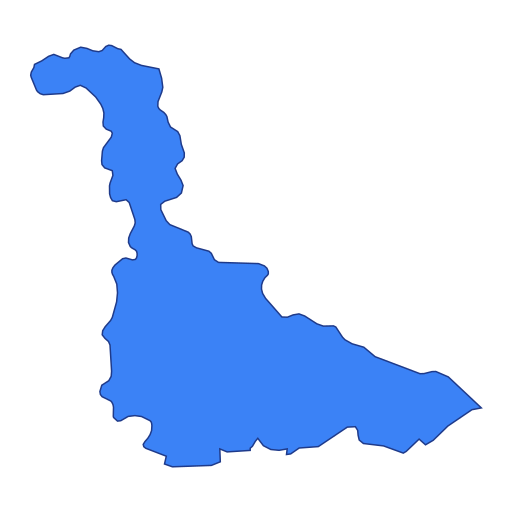 Meurthe-et-Moselle, Natural Earth projection
{"feature_id": "FRA-5325", "entity_name": "Meurthe-et-Moselle", "entity_type": "Metropolitan department", "adm_level": 1, "iso_a3": "FRA", "parent_name": "France", "parent_adm1": "", "projection": "natural_earth1", "projection_center": [5.998, 48.953], "detail": "fine", "context": "isolated", "style": "filled", "palette": "blue", "viewbox_px": 512, "rotation_deg": 0, "n_neighbors": 0, "source": "natural_earth", "source_scale": "10m", "svg_char_len": 2857}
<svg xmlns="http://www.w3.org/2000/svg" viewBox="0 0 512 512"><path d="M108.7,45.2L111.7,45.6L117.8,48.7L121.0,49.4L129.7,59.0L134.5,62.7L141.4,65.4L158.9,68.9L161.6,78.2L162.8,87.3L161.8,91.9L158.0,101.6L157.8,106.3L158.8,108.5L160.3,110.0L163.8,112.4L165.8,114.6L166.9,116.6L168.1,122.1L170.5,127.0L177.7,131.6L179.9,135.7L181.3,144.3L184.3,152.9L184.2,157.2L182.1,160.7L177.6,163.9L175.1,168.4L177.3,174.1L181.0,180.2L183.1,185.6L181.4,193.0L176.6,197.4L164.8,201.2L160.7,204.4L160.8,209.6L166.2,220.7L169.8,224.6L188.3,232.2L190.1,234.0L191.3,236.6L192.1,243.7L193.1,245.9L196.4,247.8L208.9,251.2L211.3,253.3L214.4,259.7L218.5,262.4L258.5,263.6L264.4,265.9L266.9,268.2L268.3,271.5L268.3,273.9L267.5,275.2L264.9,277.7L262.8,281.2L261.6,285.0L261.5,289.1L262.6,293.4L265.5,298.3L281.9,317.0L287.4,317.2L293.1,314.9L299.0,313.9L304.7,316.0L316.8,323.8L323.3,326.1L333.5,325.9L335.8,327.0L342.5,337.2L345.0,339.8L352.1,343.8L363.8,347.2L375.1,356.7L420.0,373.7L424.0,373.6L432.0,371.6L435.8,371.5L448.3,376.9L481.3,407.9L471.9,409.7L447.9,426.0L433.2,440.3L425.5,444.8L419.1,439.1L406.2,451.4L403.3,453.1L383.5,445.9L363.4,443.5L359.2,440.0L358.1,435.2L357.7,430.4L355.4,426.7L347.3,427.1L318.3,446.6L299.2,448.0L290.7,453.9L286.5,454.5L287.2,448.9L279.1,450.3L270.8,449.5L263.4,445.7L257.8,438.3L255.4,441.2L252.4,446.3L250.2,448.2L250.2,450.4L227.1,451.9L219.8,448.9L220.3,461.8L211.4,465.4L172.4,466.8L164.5,464.0L166.3,456.2L145.8,448.3L143.8,446.7L143.2,444.4L145.0,441.5L147.8,438.3L150.1,434.6L151.6,430.5L151.9,425.6L151.6,423.2L151.0,421.7L149.9,420.6L141.5,416.5L134.9,415.6L128.2,416.4L120.8,420.7L117.5,421.1L113.6,417.5L113.3,416.3L113.5,407.2L113.0,404.6L111.9,402.3L110.8,401.0L102.1,396.7L100.4,394.5L99.9,391.5L101.8,385.2L108.8,380.7L111.2,376.3L111.6,371.2L110.0,345.0L108.5,341.5L105.0,338.4L102.2,334.8L102.7,330.7L105.2,326.7L110.6,320.5L112.3,317.4L116.6,301.9L117.5,292.9L116.8,284.1L113.7,276.4L112.5,274.3L111.9,272.3L111.9,270.2L112.9,267.8L114.9,265.1L122.6,258.7L125.9,258.0L132.5,259.9L135.4,259.4L136.5,257.9L137.1,255.7L137.1,253.4L136.6,251.4L135.3,249.9L131.8,247.9L130.3,246.6L128.5,242.5L128.7,238.0L130.3,233.6L134.3,226.0L135.2,222.9L134.9,219.6L129.2,202.5L126.1,199.7L116.3,201.7L112.4,200.7L110.6,197.6L109.6,193.8L109.5,185.8L110.1,183.0L112.9,175.4L112.3,170.7L104.7,167.9L102.0,164.6L101.6,160.7L102.4,151.1L103.5,147.6L111.3,137.1L112.3,133.2L111.2,131.2L106.2,129.1L103.3,126.0L103.0,122.1L103.7,117.7L103.9,113.0L102.8,108.4L100.8,104.2L95.7,97.0L86.1,88.0L80.3,85.3L75.2,87.1L69.8,91.1L63.0,93.5L43.3,94.7L40.2,93.7L37.6,91.7L36.5,90.1L31.2,77.2L30.7,75.2L31.3,72.1L33.9,67.5L34.5,64.4L41.7,60.9L48.6,56.3L53.8,54.4L62.5,57.8L64.8,58.3L68.9,57.8L69.8,56.4L70.5,53.9L73.8,50.1L80.7,47.2L86.9,48.4L92.8,50.8L98.8,51.7L102.2,50.5L105.8,46.5L108.7,45.2Z" fill="#3b82f6" stroke="#1e3a8a" stroke-width="1.5"/></svg>